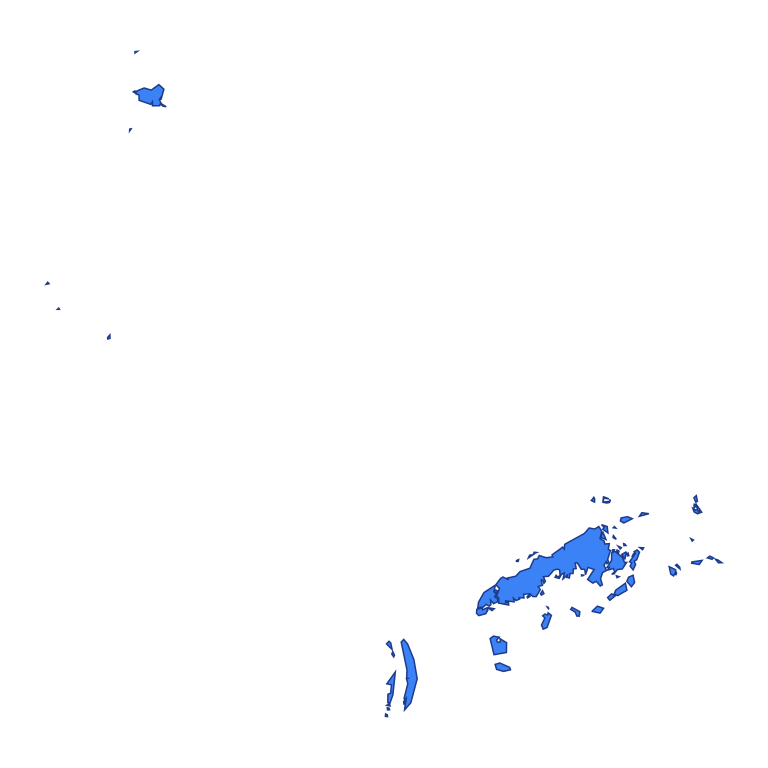 Tawi-Tawi, Tawi-Tawi, Philippines
{"feature_id": "2640588B18152609363823", "entity_name": "Tawi-Tawi", "entity_type": "district", "adm_level": 2, "iso_a3": "PHL", "parent_name": "Philippines", "parent_adm1": "Tawi-Tawi", "projection": "mercator", "projection_center": [119.908, 5.883], "detail": "fine", "context": "isolated", "style": "filled", "palette": "blue", "viewbox_px": 768, "rotation_deg": 0, "n_neighbors": 0, "source": "geoboundaries", "source_scale": "gbopen_adm2", "svg_char_len": 6167}
<svg xmlns="http://www.w3.org/2000/svg" viewBox="0 0 768 768"><path d="M598.8,526.5L594.8,529.0L589.1,528.0L584.4,533.5L564.7,544.3L564.3,549.0L562.7,547.1L552.0,554.9L552.7,556.9L546.2,557.7L539.3,555.5L537.5,558.9L533.9,559.3L529.9,568.2L520.0,571.6L515.8,576.2L507.5,578.0L508.1,579.1L507.7,579.5L503.0,577.0L500.7,578.3L495.8,584.8L499.5,588.3L496.5,596.2L498.7,597.9L498.6,603.1L508.7,605.0L508.5,602.2L505.6,602.6L505.6,600.8L514.2,601.8L513.4,598.2L516.0,600.5L519.6,599.1L519.8,598.3L519.1,598.1L519.1,597.7L524.0,597.9L523.6,594.3L529.9,593.7L533.0,596.6L536.2,596.6L540.3,589.7L538.3,586.5L542.4,585.3L541.2,580.2L542.8,579.9L543.9,583.3L545.4,581.3L543.4,576.6L548.5,576.3L553.9,570.0L557.8,569.1L559.7,570.1L560.0,575.1L564.4,573.0L563.0,578.9L567.4,575.1L566.9,577.4L569.3,578.0L570.1,573.5L573.0,573.5L573.4,569.0L576.2,568.6L575.2,563.0L577.3,562.8L581.3,569.3L583.9,569.2L584.8,569.8L585.5,574.7L588.0,567.4L594.1,569.5L587.6,579.5L592.8,583.1L596.3,581.3L600.3,586.0L602.4,584.8L600.5,578.7L602.6,572.6L606.4,570.5L604.0,565.1L606.2,561.6L606.9,563.7L608.6,562.4L607.7,559.3L610.5,550.5L608.3,549.4L609.3,543.7L604.7,544.0L604.3,541.2L600.0,538.7L601.8,531.4L598.8,526.5ZM401.2,642.1L407.0,670.1L406.6,678.5L407.5,678.1L408.0,678.3L406.5,678.9L407.8,683.6L404.1,698.4L404.7,700.0L406.2,698.2L405.7,702.6L405.2,700.3L403.7,701.4L403.9,704.6L404.5,703.0L405.4,703.4L404.6,709.9L410.8,702.8L417.2,678.8L413.9,659.6L407.6,644.0L403.7,639.4L401.2,642.1ZM158.8,84.6L151.3,90.1L144.1,88.0L136.4,91.2L135.9,93.4L134.8,90.9L133.3,91.9L139.0,95.2L139.1,100.3L150.8,104.4L152.4,101.8L152.5,105.8L159.6,105.7L160.3,103.9L162.7,106.0L166.2,106.8L161.4,103.8L159.3,99.5L160.5,97.8L160.5,99.3L161.1,99.2L163.9,89.2L158.8,84.6ZM495.4,585.1L483.9,592.6L478.5,602.3L477.8,607.6L483.2,607.1L486.2,604.4L489.2,606.2L490.9,604.7L490.5,600.0L493.5,603.6L497.3,601.9L498.2,599.6L494.7,596.7L496.5,593.3L495.1,592.8L493.9,591.7L495.4,585.1ZM622.4,568.9L626.6,562.4L624.6,562.6L622.5,557.5L614.0,550.6L613.7,551.9L611.7,552.9L611.5,560.4L607.0,567.5L609.4,567.3L607.6,570.1L613.5,568.5L614.9,572.6L617.4,569.6L622.4,568.9ZM493.4,636.1L490.1,638.6L494.0,654.7L506.4,652.5L506.6,642.7L500.0,638.7L500.4,641.8L497.7,642.3L496.5,640.2L499.2,637.2L493.4,636.1ZM395.3,672.0L386.8,683.8L391.5,684.8L390.6,693.2L387.9,694.3L387.8,702.7L389.9,703.3L392.9,694.9L395.3,672.0ZM547.0,627.5L551.4,615.4L548.1,612.8L547.7,614.9L544.7,614.1L542.7,615.8L544.9,618.0L541.5,625.1L543.2,629.2L547.0,627.5ZM499.8,663.0L495.1,664.4L496.6,669.4L503.5,671.4L510.5,669.8L509.7,667.4L499.8,663.0ZM637.1,549.9L634.1,551.7L635.4,553.4L629.6,561.8L631.7,562.9L630.1,566.2L633.1,569.9L635.6,564.6L634.2,561.0L636.7,559.8L639.5,552.2L637.1,549.9ZM625.4,583.2L615.7,590.2L614.2,593.8L617.6,595.6L626.9,590.3L625.4,583.2ZM633.1,575.2L628.6,577.2L626.8,581.3L631.4,586.7L634.6,582.5L633.1,575.2ZM482.3,607.9L476.8,609.3L476.5,613.3L478.8,615.6L485.8,613.7L487.8,610.2L486.5,608.0L482.5,609.9L482.3,607.9ZM603.6,608.3L597.4,606.2L592.5,610.8L592.3,611.4L600.1,613.1L603.6,608.3ZM627.6,516.7L621.1,517.9L620.4,521.0L623.8,523.0L632.3,518.7L627.6,516.7ZM696.1,504.2L694.1,504.2L694.1,508.0L695.8,505.0L695.8,506.8L698.9,508.2L699.8,510.9L698.4,511.8L697.3,508.9L695.5,510.1L692.8,508.3L694.1,511.9L697.5,513.8L701.7,512.2L696.1,504.2ZM669.2,566.7L670.8,574.1L673.6,575.9L675.7,571.9L675.8,575.3L676.5,573.0L675.0,569.4L669.2,566.7ZM572.0,607.4L570.7,609.4L575.1,612.0L576.9,616.1L579.3,616.1L579.8,611.7L572.0,607.4ZM607.2,526.5L601.5,524.7L604.2,527.4L602.7,529.2L607.9,532.9L607.2,526.5ZM611.7,593.8L607.6,597.6L609.8,600.3L615.1,596.0L611.7,593.8ZM702.1,560.4L692.0,561.9L691.6,563.2L699.3,564.5L702.1,560.4ZM603.0,532.4L601.9,533.6L601.0,537.6L606.0,539.5L603.0,532.4ZM648.9,513.7L641.8,512.7L639.4,516.3L648.9,513.7ZM625.9,552.0L621.7,554.5L624.9,558.8L626.0,553.9L627.6,553.9L625.9,552.0ZM388.9,641.3L386.5,643.9L392.1,649.5L390.7,642.8L388.9,641.3ZM608.9,498.8L603.5,496.8L602.9,502.3L606.8,503.0L609.4,502.5L609.4,501.8L610.1,501.2L610.3,500.6L610.2,500.2L609.3,499.4L610.2,500.4L609.8,501.3L603.4,502.1L603.6,498.2L608.9,498.8ZM696.3,495.6L693.9,497.7L695.7,502.1L697.4,501.3L696.3,495.6ZM709.8,556.1L707.4,557.9L712.1,559.3L713.3,557.8L709.8,556.1ZM494.2,608.7L487.2,607.6L492.1,610.6L494.2,608.7ZM593.8,497.3L591.3,500.5L594.5,502.1L594.7,498.9L593.8,497.3ZM561.0,575.2L557.8,577.0L556.1,575.3L555.1,577.3L559.2,578.4L561.0,575.2ZM542.5,590.7L540.5,593.8L541.4,595.1L543.9,593.6L542.5,590.7ZM715.4,559.2L718.4,562.8L721.9,562.7L718.0,560.0L715.4,559.2ZM643.6,547.8L639.8,547.6L642.6,549.7L643.6,547.8ZM109.9,334.9L107.6,337.5L107.8,339.0L110.0,338.4L109.9,334.9ZM676.9,564.3L675.6,565.3L680.0,569.0L679.7,567.2L676.9,564.3ZM495.3,589.9L494.4,592.1L496.9,593.2L497.2,590.7L495.3,589.9ZM613.4,535.6L613.0,537.0L613.3,537.8L616.3,539.3L613.4,535.6ZM392.7,651.6L391.8,654.1L393.7,656.9L394.5,655.1L392.7,651.6ZM529.3,594.7L527.1,596.7L527.6,597.9L530.1,596.3L529.3,594.7ZM693.4,540.0L690.9,538.7L692.2,541.1L693.4,540.0ZM617.1,550.0L616.4,551.7L618.6,552.8L619.0,551.1L617.1,550.0ZM532.8,554.9L529.7,555.1L528.4,557.9L532.8,554.9ZM385.6,714.0L385.4,716.4L387.5,716.6L387.4,714.9L385.6,714.0ZM619.1,576.7L616.4,575.8L617.0,577.7L619.1,576.7ZM621.4,547.7L618.2,546.2L620.2,549.0L621.4,547.7ZM49.0,283.7L47.7,282.2L46.1,284.3L49.0,283.7ZM387.3,707.6L387.5,709.9L389.6,709.7L389.1,708.2L387.3,707.6ZM623.7,543.6L623.9,545.6L626.0,545.5L624.9,544.1L623.7,543.6ZM613.5,572.8L611.7,574.2L614.1,573.7L613.5,572.8ZM584.4,575.3L581.5,574.9L581.6,575.9L584.4,575.3ZM389.6,704.0L386.9,705.2L390.0,706.0L389.6,704.0ZM518.6,559.6L516.5,560.5L516.5,561.4L518.2,561.4L518.6,559.6ZM129.6,131.0L131.3,128.7L131.1,128.6L129.7,129.2L129.6,131.0ZM137.3,51.4L135.0,51.6L135.0,53.0L137.3,51.4ZM614.1,549.8L612.6,549.8L612.3,551.7L614.1,549.8ZM614.5,526.6L613.3,527.7L615.8,528.1L614.5,526.6ZM59.4,309.3L58.7,308.1L57.4,309.3L59.4,309.3ZM548.8,609.4L548.5,608.1L548.2,607.3L547.2,606.9L548.8,609.4ZM628.2,553.6L627.5,554.9L627.5,555.9L628.8,555.6L628.2,553.6ZM634.1,553.1L633.3,554.2L632.4,555.9L633.6,555.6L634.1,553.1ZM536.6,552.5L534.2,552.2L533.5,553.8L536.6,552.5Z" fill="#3b82f6" stroke="#1e3a8a" stroke-width="1.5"/></svg>